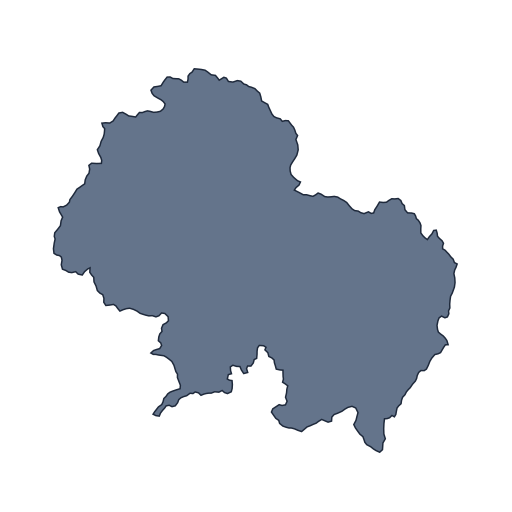 the district of Itabira, Minas Gerais, Brazil, rotated 188°
{"feature_id": "56859067B16136879944299", "entity_name": "Itabira", "entity_type": "district", "adm_level": 2, "iso_a3": "BRA", "parent_name": "Brazil", "parent_adm1": "Minas Gerais", "projection": "robinson", "projection_center": [-43.301, -19.603], "detail": "fine", "context": "isolated", "style": "filled", "palette": "slate", "viewbox_px": 512, "rotation_deg": 188, "n_neighbors": 0, "source": "geoboundaries", "source_scale": "gbopen_adm2", "svg_char_len": 6031}
<svg xmlns="http://www.w3.org/2000/svg" viewBox="0 0 512 512"><g transform="rotate(188 256 256)"><path d="M414.8,373.0L416.3,369.8L419.3,367.3L423.5,367.0L427.1,366.1L425.6,362.8L423.6,361.1L423.4,358.4L423.3,355.6L423.8,352.2L425.3,348.0L425.9,343.4L427.9,339.2L426.1,335.6L423.4,332.0L422.1,329.2L422.0,326.2L426.6,325.4L431.7,325.0L434.1,322.5L432.8,318.9L432.9,314.7L434.7,311.6L435.7,307.7L435.7,303.6L437.7,301.8L440.2,299.4L442.6,297.3L444.2,293.6L446.1,289.6L448.1,286.0L448.3,283.3L450.6,280.0L453.8,277.8L456.3,277.7L458.6,276.3L456.7,272.4L454.7,269.9L452.9,267.6L453.9,263.7L453.9,258.8L456.2,254.7L458.5,251.0L458.5,247.4L457.3,244.9L457.6,240.8L457.6,235.0L456.4,230.5L453.4,229.2L450.7,229.1L448.6,227.8L447.5,224.7L447.6,220.2L445.8,216.0L442.3,215.2L439.3,213.9L436.1,213.9L432.4,215.4L429.6,213.3L425.4,213.0L423.6,216.6L421.0,219.6L418.7,221.2L418.3,216.7L416.0,214.2L413.7,212.3L412.8,207.8L410.2,204.0L408.3,199.7L405.4,197.5L402.4,196.4L400.7,192.9L400.3,189.0L397.8,186.1L393.9,187.1L390.4,188.2L387.8,187.1L385.4,184.6L383.1,182.5L380.2,184.3L377.1,185.8L373.9,186.7L369.9,186.1L366.2,184.9L362.8,183.1L359.5,182.5L357.0,182.1L353.8,181.8L350.4,182.5L346.6,181.8L343.8,183.3L341.6,186.4L338.3,186.4L334.6,183.7L333.7,179.7L335.5,177.3L338.5,175.1L339.5,171.3L338.6,168.2L340.4,165.5L341.0,162.3L340.9,158.5L338.2,156.7L337.0,154.2L338.5,150.9L341.4,149.6L344.3,148.1L346.6,145.3L344.1,144.3L341.4,144.6L338.8,144.4L333.3,144.4L330.4,143.2L327.5,141.6L324.7,139.9L322.0,136.3L320.5,133.0L319.2,130.3L317.3,128.1L316.9,124.7L314.9,121.1L312.9,117.5L312.7,114.0L316.2,112.4L319.9,110.5L322.3,109.1L324.2,107.2L325.6,104.4L327.4,102.1L327.8,98.5L328.7,95.7L331.6,93.0L334.7,87.6L335.9,85.0L332.9,84.0L329.5,84.0L328.7,87.2L327.0,90.2L325.3,92.7L324.1,95.1L321.2,96.1L318.2,95.1L315.1,96.4L313.2,99.8L312.5,103.0L310.7,105.1L308.1,106.7L305.2,108.0L302.2,110.9L299.3,111.0L297.3,112.9L293.9,112.5L291.1,110.4L288.4,112.0L286.2,112.9L283.8,113.6L281.2,114.0L278.0,115.8L273.8,116.0L270.8,118.1L268.2,116.4L265.1,115.8L261.6,118.1L261.2,121.4L261.5,125.4L262.4,129.3L264.9,129.3L267.3,130.2L266.9,134.7L263.9,136.0L265.2,138.9L266.0,142.6L263.7,144.6L260.0,144.0L256.5,144.3L254.7,141.2L251.8,137.9L248.0,139.5L249.7,143.2L249.0,145.9L245.7,146.3L243.8,149.7L243.4,153.2L241.1,154.7L241.3,158.8L241.7,161.9L241.7,165.3L240.3,167.9L236.0,168.2L233.4,167.0L234.1,164.3L230.8,161.9L229.3,158.3L226.2,157.3L223.6,155.5L222.9,152.8L221.5,149.9L220.2,146.8L216.3,146.5L213.4,146.7L213.0,144.0L212.4,140.5L211.7,137.9L212.1,134.7L209.6,133.6L206.5,131.9L206.9,128.3L206.7,124.6L207.1,120.2L205.0,116.5L206.1,112.7L209.4,111.6L212.4,112.0L215.0,109.7L218.1,107.0L219.0,103.6L216.6,101.0L213.8,98.0L210.6,96.4L209.3,93.5L205.7,91.3L202.2,90.6L199.5,90.3L197.1,90.6L193.8,90.2L190.2,89.2L186.4,88.5L183.9,91.3L181.6,93.9L178.8,95.4L175.7,97.4L173.2,98.8L171.1,100.9L168.2,103.3L164.9,102.4L161.5,101.5L158.2,103.0L158.5,107.0L156.6,109.9L153.4,111.6L149.3,114.2L146.6,116.8L143.9,118.9L140.0,120.5L136.1,119.4L133.2,115.1L133.7,111.2L134.1,107.2L135.7,102.7L133.7,99.7L131.1,96.9L128.3,94.0L125.0,92.0L123.5,89.2L122.3,86.7L120.1,84.6L115.9,83.1L112.7,81.2L110.0,80.0L106.2,78.9L103.8,81.8L104.0,84.6L104.3,88.5L102.5,93.0L104.6,97.5L105.5,102.7L106.0,107.9L106.1,112.7L103.6,113.2L101.2,114.4L99.2,117.0L96.6,116.0L95.5,118.5L95.4,121.5L95.2,125.0L93.9,127.4L91.8,129.9L91.8,133.3L91.2,136.5L89.2,139.3L88.2,142.3L86.6,144.9L85.0,147.0L83.1,150.9L80.8,154.3L79.9,157.1L79.7,160.1L78.7,163.3L76.8,165.5L73.5,165.9L71.5,167.7L70.2,171.6L69.2,175.8L67.8,179.2L65.2,183.3L62.1,184.5L59.8,186.0L58.5,189.2L57.4,191.8L56.1,194.4L53.4,194.9L55.2,198.8L57.2,201.0L59.5,202.9L62.5,204.5L64.8,206.0L66.0,208.5L67.1,212.5L66.8,217.2L66.1,220.2L63.9,222.3L60.3,221.1L58.0,222.3L57.0,225.6L57.7,228.4L56.8,231.5L57.5,235.4L57.7,239.2L57.7,243.2L56.5,246.6L55.9,249.4L55.2,252.8L55.2,257.3L56.1,261.9L57.6,266.1L57.3,269.8L56.4,272.5L55.7,276.1L58.6,277.1L60.3,280.3L63.0,282.3L65.5,284.8L67.6,286.4L69.5,288.0L72.2,289.1L72.6,291.9L72.1,294.7L73.9,297.0L76.9,299.0L79.0,300.8L79.8,303.8L81.1,306.7L83.6,306.0L84.8,302.5L87.0,299.3L88.6,296.1L91.2,297.5L93.7,299.4L96.0,301.8L96.6,305.7L96.9,309.1L98.2,311.6L100.3,314.0L102.4,315.3L103.5,317.8L105.1,319.9L107.9,320.2L111.9,319.8L115.0,322.6L116.1,326.6L118.6,328.2L120.3,331.1L123.2,332.7L126.6,331.8L129.5,331.6L132.2,329.5L134.3,327.4L137.5,326.7L141.2,326.6L143.0,322.2L144.8,318.4L145.5,315.0L147.9,314.2L150.8,315.4L154.9,313.0L158.4,313.5L161.0,314.7L164.6,314.7L167.4,316.0L170.6,318.7L173.6,321.6L176.9,323.2L180.5,324.4L183.3,325.7L186.8,325.9L190.2,325.0L193.1,324.4L196.2,324.4L200.2,326.3L203.3,327.0L205.3,325.0L207.9,323.0L210.6,323.2L214.5,323.7L217.7,323.2L220.0,324.1L222.5,325.0L227.2,326.6L225.9,329.3L223.3,332.2L222.3,335.5L225.3,336.3L227.4,337.6L229.8,339.2L232.6,341.6L234.0,344.9L234.6,348.2L234.3,350.9L232.9,354.2L231.0,358.2L229.6,361.6L229.0,367.0L230.1,371.8L232.7,376.9L231.6,381.1L233.6,383.0L235.1,386.1L236.8,388.8L238.8,390.4L240.8,392.4L242.8,394.4L245.8,394.2L248.7,393.0L251.1,395.2L255.0,395.7L257.7,396.6L260.0,398.8L262.0,401.9L264.2,405.3L265.5,407.8L268.5,408.9L272.0,410.3L273.4,414.3L275.0,417.8L277.7,419.5L280.4,421.6L284.1,422.5L286.8,422.8L289.2,424.2L292.0,424.6L295.4,427.0L298.9,427.1L303.1,425.0L307.6,425.0L310.1,428.0L312.7,428.5L314.7,426.8L316.9,425.0L319.0,427.1L321.3,429.2L325.6,429.2L329.5,431.5L332.3,432.9L336.2,433.1L339.6,433.0L343.2,432.8L344.9,429.2L346.9,427.4L348.3,424.7L347.9,421.7L348.1,418.6L351.8,418.1L354.4,419.7L357.1,420.7L360.3,420.4L363.1,420.2L365.9,421.3L368.9,420.8L370.7,417.8L372.0,415.3L373.7,411.4L376.8,410.3L380.6,409.2L383.1,405.6L381.5,402.6L379.3,400.5L375.3,398.8L371.8,397.5L369.3,396.0L367.2,393.9L367.4,391.2L368.4,388.7L370.8,386.0L374.2,384.7L377.4,384.0L381.0,384.5L383.7,384.6L386.0,383.6L388.5,382.2L391.4,381.9L392.9,379.6L394.5,376.9L398.0,377.0L401.6,377.0L404.1,378.2L408.1,379.7L411.7,378.5L413.2,375.7L414.8,373.0Z" fill="#64748b" stroke="#1e293b" stroke-width="1.5"/></g></svg>